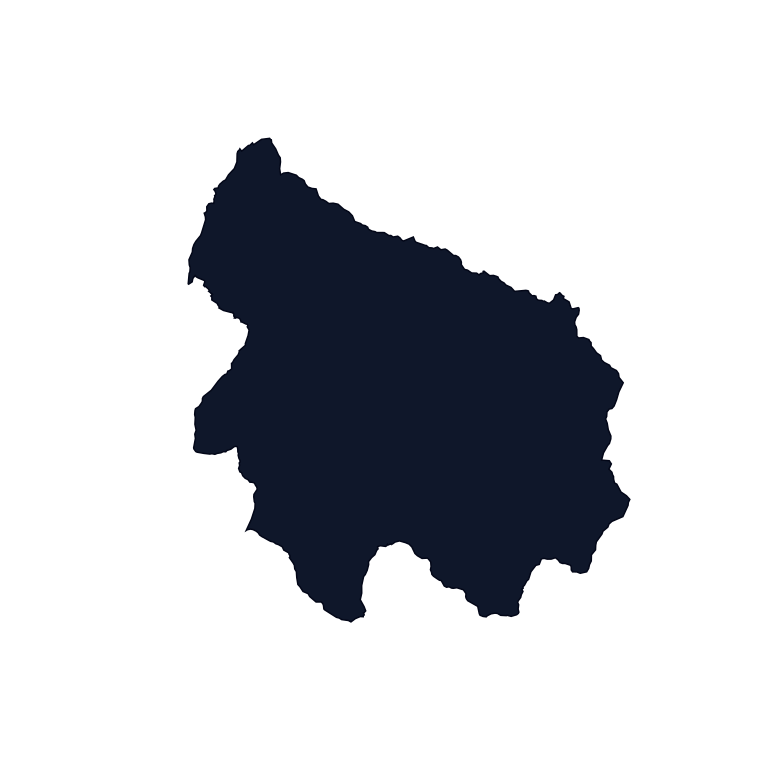 the district of Tarcau, Neamt, Romania, rotated 321°
{"feature_id": "2599482B98949389142671", "entity_name": "Tarcau", "entity_type": "district", "adm_level": 2, "iso_a3": "ROU", "parent_name": "Romania", "parent_adm1": "Neamt", "projection": "orthographic", "projection_center": [26.145, 46.778], "detail": "fine", "context": "isolated", "style": "filled", "palette": "ink", "viewbox_px": 768, "rotation_deg": 321, "n_neighbors": 0, "source": "geoboundaries", "source_scale": "gbopen_adm2", "svg_char_len": 6159}
<svg xmlns="http://www.w3.org/2000/svg" viewBox="0 0 768 768"><g transform="rotate(321 384 384)"><path d="M486.2,637.4L497.3,631.9L499.4,629.8L502.4,628.4L502.1,623.4L500.2,617.1L501.9,608.4L500.9,605.9L502.6,602.4L504.2,600.3L504.5,598.4L505.6,596.0L505.2,591.7L510.4,589.2L510.8,585.4L505.2,580.1L511.2,575.7L519.0,572.6L521.7,572.1L525.7,569.4L527.6,567.2L529.5,560.7L532.8,554.9L534.2,550.6L536.6,549.4L539.7,546.0L543.3,545.2L545.7,546.5L549.0,545.9L554.7,542.7L561.6,537.9L570.7,533.6L570.8,526.8L572.8,523.5L573.1,519.8L570.6,514.2L571.1,511.3L568.7,505.9L568.2,502.3L570.1,498.2L568.8,493.5L569.1,488.2L568.9,484.9L571.0,482.1L570.8,480.1L571.2,478.4L568.2,473.4L564.2,470.7L563.9,468.3L568.0,463.1L569.2,460.6L569.6,458.1L571.2,455.7L575.3,453.1L579.1,452.2L582.1,449.5L583.2,447.8L583.0,446.9L578.0,444.5L577.0,443.1L579.5,436.6L577.1,430.4L579.0,429.1L578.2,427.3L578.1,424.1L577.8,423.5L575.3,423.7L573.5,422.7L568.7,425.4L563.3,425.4L562.0,423.6L560.8,420.4L559.6,419.7L559.3,418.4L556.7,416.1L556.1,413.8L557.3,411.3L556.2,409.7L554.6,408.7L554.1,404.0L554.8,402.7L554.4,401.9L553.2,400.5L543.8,394.2L543.5,388.9L541.0,383.8L540.9,381.0L539.6,377.9L539.3,374.2L539.9,372.6L539.2,371.2L537.4,368.5L534.3,366.3L532.7,359.2L531.9,358.9L531.1,360.1L528.5,358.9L526.5,359.1L525.8,356.2L522.0,352.9L520.6,348.1L518.7,345.6L519.2,339.9L520.8,338.0L521.7,335.7L521.8,332.2L520.6,329.3L518.9,328.0L517.4,319.8L516.5,317.6L512.7,315.5L511.8,311.2L507.8,309.9L507.0,308.5L504.6,306.2L504.1,303.0L503.3,302.3L498.1,294.0L498.0,292.5L499.3,288.2L489.2,285.2L488.3,283.5L488.4,280.5L487.7,277.8L483.6,275.5L482.8,272.9L481.2,271.7L479.5,266.5L473.6,261.7L472.9,259.9L470.8,257.4L469.6,254.7L469.4,253.6L470.0,251.9L469.1,249.1L467.2,246.9L466.8,244.6L463.5,239.3L465.3,233.4L464.9,228.0L462.7,222.9L461.4,215.3L458.3,211.5L454.7,209.0L453.8,205.4L452.5,202.3L451.2,200.9L451.3,196.6L454.0,189.6L451.1,186.7L448.8,183.0L448.8,179.0L449.9,175.7L449.4,173.5L447.6,169.9L447.3,166.6L442.6,159.4L438.7,156.9L435.3,156.4L438.4,151.0L443.3,146.3L445.7,142.9L446.0,139.6L447.8,133.1L448.4,126.0L450.1,123.3L449.7,122.8L449.7,121.1L442.8,116.8L433.3,116.0L433.5,113.8L429.9,114.1L428.7,113.3L420.8,113.5L419.9,113.2L420.0,110.5L418.6,111.1L416.8,111.2L414.8,112.6L409.4,118.9L403.2,122.4L394.8,123.6L389.3,125.7L386.7,125.2L382.2,125.4L380.0,126.1L378.6,127.3L375.5,125.5L374.1,125.8L374.1,127.5L373.5,129.7L372.6,130.9L370.9,131.0L370.6,131.9L368.1,133.3L367.1,134.9L365.3,136.5L363.8,134.9L361.3,133.7L357.8,134.7L355.4,137.9L353.4,138.5L351.8,138.1L350.4,141.7L348.7,144.1L337.3,151.8L334.8,153.2L327.6,154.7L324.1,156.0L320.6,158.2L318.0,160.9L310.6,164.7L307.6,169.0L306.6,171.6L303.8,174.6L302.2,175.4L294.9,182.9L295.0,183.5L299.2,183.9L301.8,181.7L305.5,180.8L305.5,182.4L306.2,184.3L309.3,190.1L309.5,191.1L308.9,191.9L305.9,193.8L305.9,195.5L306.6,195.7L307.3,199.2L307.2,201.6L306.1,201.6L307.0,205.6L306.7,205.4L306.8,206.1L306.1,206.6L304.8,206.6L304.9,208.2L303.1,210.3L305.2,216.7L304.7,217.5L304.5,220.8L303.6,221.0L305.5,225.8L310.5,232.6L311.6,233.2L311.1,234.1L311.4,235.1L310.0,236.7L310.4,237.7L309.2,238.5L310.1,239.4L311.4,239.6L312.8,241.7L312.9,243.3L312.0,245.9L312.4,246.0L314.5,250.6L315.4,251.6L315.0,252.8L313.7,253.5L313.2,257.1L308.9,260.8L301.7,265.3L300.6,266.7L292.3,267.0L291.8,267.9L289.1,269.5L282.9,270.7L279.6,272.1L278.5,272.0L275.1,276.4L272.1,276.3L270.8,275.7L268.1,277.3L266.3,276.5L263.1,276.4L257.0,277.4L245.8,280.2L235.7,280.1L233.8,281.0L232.0,283.1L230.8,283.7L226.0,285.1L222.0,284.6L220.4,285.7L217.7,288.5L216.3,291.2L211.7,296.3L208.9,301.7L205.4,303.9L203.2,307.6L195.9,313.8L195.4,314.8L195.2,318.0L195.8,319.3L200.3,324.5L204.5,328.8L206.4,329.9L208.3,332.2L210.8,333.0L213.9,334.8L216.4,335.4L218.4,337.1L220.0,336.8L224.0,338.3L228.0,338.4L229.7,339.2L230.5,340.2L229.5,342.4L227.7,344.8L227.2,346.5L225.9,347.5L224.5,350.4L224.0,352.7L223.0,354.0L221.8,354.2L220.5,356.5L217.9,358.1L216.7,361.6L217.5,363.2L216.5,366.4L216.8,369.9L218.1,372.7L218.0,375.9L219.7,377.4L221.0,379.4L220.3,382.3L220.4,383.6L219.3,386.0L213.5,387.9L211.8,389.7L209.2,393.8L208.8,395.6L205.3,399.5L195.9,405.6L184.8,411.1L186.3,411.3L189.0,412.8L190.6,414.7L192.1,418.0L192.6,420.5L192.3,423.1L193.1,425.8L196.8,434.8L198.7,437.2L199.4,440.1L200.9,442.4L202.5,446.5L201.6,450.1L203.7,455.2L203.0,456.7L203.0,457.8L202.2,459.1L201.2,459.4L200.8,465.6L200.3,468.4L198.3,471.5L197.8,474.7L194.4,479.5L190.9,485.6L191.1,488.6L190.5,494.3L193.1,499.2L192.5,502.4L194.0,510.6L198.1,514.0L198.2,516.2L197.6,518.0L195.7,521.0L195.7,522.0L200.2,535.4L202.0,537.8L202.8,540.4L207.5,545.4L208.6,548.1L214.1,548.3L219.2,549.8L221.4,551.8L222.1,551.0L223.3,551.0L224.1,548.9L224.7,549.2L227.0,548.8L228.4,544.5L229.8,536.7L235.1,532.5L239.8,526.6L247.0,520.8L249.5,520.3L253.7,518.2L258.4,514.7L260.2,512.3L265.1,511.1L269.5,510.9L273.6,508.7L275.6,508.4L276.7,506.3L279.4,507.4L283.0,511.2L284.3,511.4L285.8,510.7L285.8,511.7L288.3,512.4L288.6,513.1L289.1,512.7L289.7,513.6L293.2,513.8L297.3,515.7L300.8,520.7L302.7,524.2L303.1,528.2L301.4,535.2L301.9,538.5L303.8,543.5L308.1,546.6L308.4,547.9L308.3,551.7L305.7,555.5L303.2,557.6L302.4,560.3L301.4,562.1L301.5,564.5L302.8,569.0L303.6,571.4L304.8,572.8L303.7,578.9L304.7,581.3L307.0,582.6L308.0,585.0L309.2,586.3L312.4,588.2L316.2,593.9L315.8,598.5L313.6,600.8L312.9,602.6L312.7,605.1L316.9,615.8L313.5,622.5L313.1,624.1L314.7,627.0L316.9,629.3L318.5,629.1L322.6,630.0L326.0,631.9L327.8,633.7L329.1,637.2L333.3,641.0L334.2,641.3L336.6,644.6L341.9,646.8L344.0,646.8L345.2,646.2L346.6,643.3L349.7,640.3L350.4,637.9L351.8,637.0L355.9,635.9L358.2,634.1L361.4,632.7L362.0,630.2L363.6,630.3L364.4,629.0L366.5,628.8L371.0,626.9L373.4,626.8L380.0,622.4L387.9,620.5L391.1,621.9L395.9,619.1L397.1,619.3L398.9,620.5L400.6,622.8L403.9,625.4L407.9,626.9L408.6,630.1L408.5,633.6L409.8,635.8L411.8,637.4L414.8,642.1L414.6,643.7L412.5,646.4L412.3,648.6L415.6,651.4L417.4,654.6L423.3,657.5L427.0,656.1L430.0,653.7L433.7,652.0L437.7,647.3L444.0,646.0L447.1,642.5L449.7,640.3L458.9,637.8L461.5,636.2L467.9,636.1L470.7,634.4L474.7,634.2L486.2,637.4Z" fill="#0f172a" stroke="#020617" stroke-width="1.5"/></g></svg>